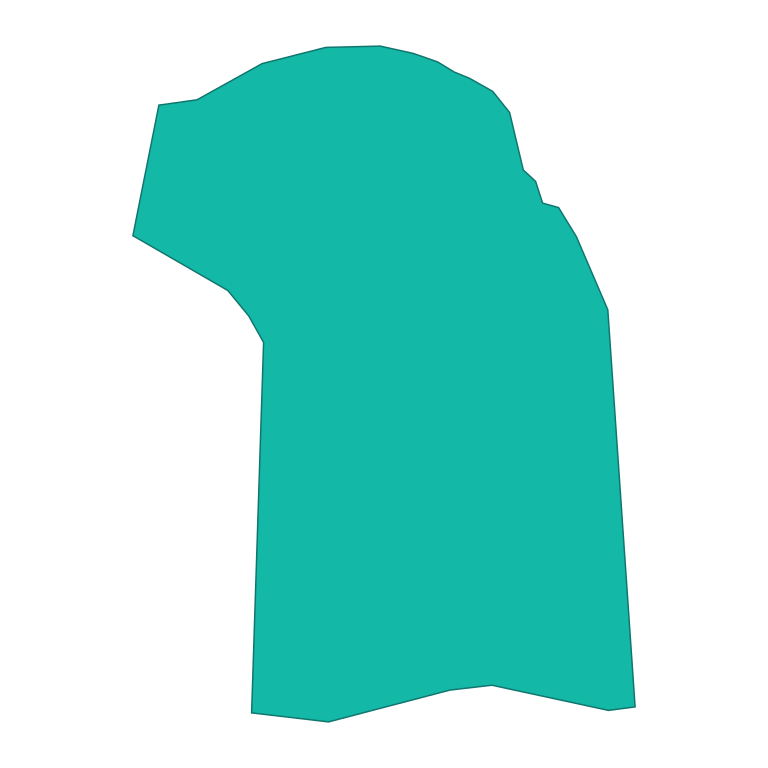 Princes Town, Equal Earth projection
{"feature_id": "TTO-57", "entity_name": "Princes Town", "entity_type": "Region", "adm_level": 1, "iso_a3": "TTO", "parent_name": "Trinidad and Tobago", "parent_adm1": "", "projection": "equal_earth", "projection_center": [-61.291, 10.201], "detail": "fine", "context": "isolated", "style": "filled", "palette": "teal", "viewbox_px": 768, "rotation_deg": 0, "n_neighbors": 0, "source": "natural_earth", "source_scale": "10m", "svg_char_len": 459}
<svg xmlns="http://www.w3.org/2000/svg" viewBox="0 0 768 768"><path d="M635.1,706.9L608.5,710.4L491.7,685.2L449.8,690.1L328.5,721.9L251.6,712.9L263.6,342.4L248.7,315.9L227.8,290.5L132.9,235.7L158.9,105.1L197.0,99.8L262.1,63.6L325.8,47.4L380.3,46.1L413.5,53.5L437.8,62.0L454.1,72.0L469.5,78.3L492.7,91.4L509.6,112.5L523.3,170.0L535.6,181.4L542.6,203.1L558.6,207.6L576.4,236.7L607.8,309.8L635.1,706.9Z" fill="#14b8a6" stroke="#0f766e" stroke-width="1.5"/></svg>